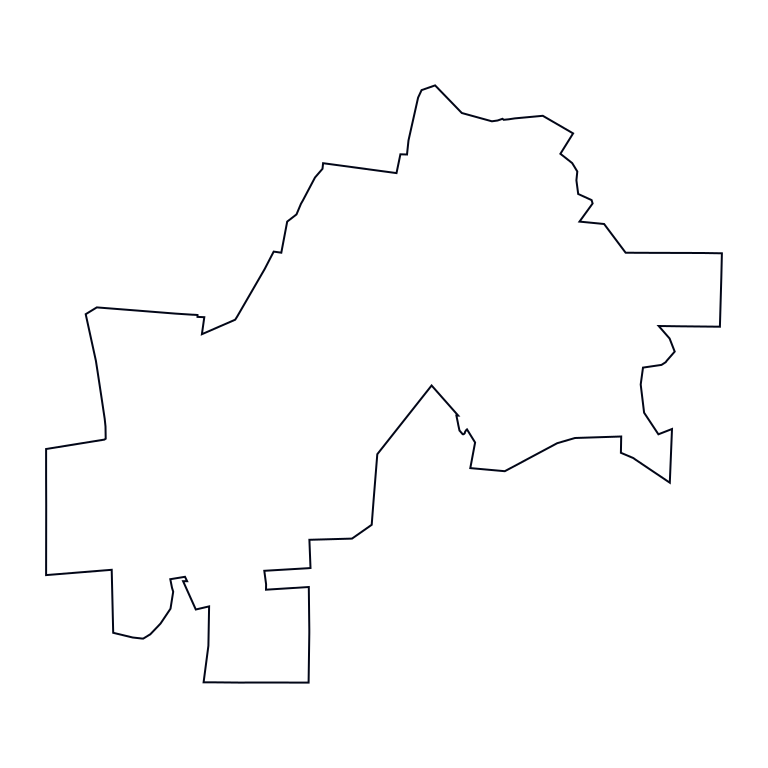 Nacozari de García, Sonora, Mexico
{"feature_id": "50627088B6815540096020", "entity_name": "Nacozari de García", "entity_type": "district", "adm_level": 2, "iso_a3": "MEX", "parent_name": "Mexico", "parent_adm1": "Sonora", "projection": "orthographic", "projection_center": [-109.467, 30.48], "detail": "fine", "context": "isolated", "style": "outline", "palette": "ink", "viewbox_px": 768, "rotation_deg": 0, "n_neighbors": 0, "source": "geoboundaries", "source_scale": "gbopen_adm2", "svg_char_len": 1951}
<svg xmlns="http://www.w3.org/2000/svg" viewBox="0 0 768 768"><path d="M514.7,118.4L508.7,119.3L503.7,119.8L502.5,118.8L497.6,120.5L491.9,121.3L461.8,113.0L435.1,85.4L421.6,90.1L418.1,97.6L408.5,140.4L407.0,154.5L400.4,154.3L396.5,173.1L323.1,163.2L322.5,168.8L315.0,177.5L302.8,200.6L301.0,203.7L296.5,214.4L287.2,221.6L281.3,252.7L273.7,251.6L264.7,269.0L237.1,316.7L235.2,319.7L201.9,334.2L204.3,317.2L197.5,316.9L197.5,315.0L194.9,314.8L192.3,314.7L175.4,313.6L137.7,310.6L96.8,307.4L85.7,314.2L95.9,360.8L96.5,364.7L97.5,371.1L101.6,398.1L103.9,413.5L104.7,418.8L105.5,426.5L105.7,438.7L104.4,439.6L46.1,449.0L46.1,477.5L46.2,505.2L46.1,575.1L111.7,569.8L113.2,632.8L132.7,637.5L139.0,638.2L139.3,638.2L139.8,638.3L141.5,638.5L143.2,638.6L144.4,637.9L150.4,634.2L160.5,623.6L170.5,608.7L173.2,591.7L172.0,587.8L170.3,579.2L185.0,576.8L187.1,581.2L183.1,581.2L195.8,609.5L209.1,606.4L208.4,645.8L203.6,682.3L209.5,682.3L241.7,682.6L250.5,682.5L308.6,682.6L309.3,633.1L309.3,629.3L308.8,587.0L270.7,589.4L266.0,589.7L266.1,584.3L264.3,570.8L308.4,568.2L310.5,568.0L309.4,539.8L352.0,538.6L371.7,524.8L373.5,501.4L377.3,454.2L431.6,385.5L458.2,415.6L456.4,415.6L457.8,422.4L458.3,425.1L458.8,427.4L459.5,430.6L459.8,430.9L460.3,431.4L460.8,432.1L461.5,432.8L462.1,433.6L462.7,434.2L463.2,434.3L463.8,434.1L464.3,433.6L464.7,433.3L464.8,432.8L465.0,432.0L465.3,431.5L465.7,430.9L466.2,430.1L467.0,429.4L475.1,442.5L470.3,468.1L504.8,471.2L509.1,468.9L557.2,443.2L575.0,438.0L621.2,436.5L620.9,452.8L633.4,458.1L635.3,459.5L669.8,482.7L672.0,429.0L658.4,434.3L644.1,412.7L640.7,384.5L643.0,367.6L661.5,364.9L665.7,362.2L666.7,360.8L674.7,351.6L669.6,338.5L658.7,326.0L680.3,326.3L719.9,326.7L721.3,278.2L721.9,253.3L702.8,253.0L638.2,252.8L625.6,252.7L604.1,224.0L579.5,221.6L592.6,203.5L591.6,200.1L578.2,194.0L576.4,180.3L577.3,171.5L572.2,163.1L560.4,153.8L573.1,133.4L542.8,115.8L514.7,118.4Z" fill="none" stroke="#020617" stroke-width="2"/></svg>